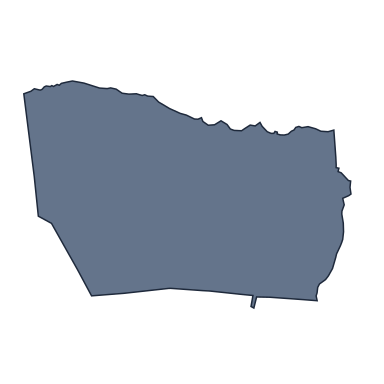 West Honiara, Guadalcanal, Solomon Islands (Equal Earth projection), rotated 355°
{"feature_id": "97153195B79685360325521", "entity_name": "West Honiara", "entity_type": "district", "adm_level": 2, "iso_a3": "SLB", "parent_name": "Solomon Islands", "parent_adm1": "Guadalcanal", "projection": "equal_earth", "projection_center": [159.939, -9.433], "detail": "fine", "context": "isolated", "style": "filled", "palette": "slate", "viewbox_px": 384, "rotation_deg": 355, "n_neighbors": 0, "source": "geoboundaries", "source_scale": "gbopen_adm2", "svg_char_len": 1534}
<svg xmlns="http://www.w3.org/2000/svg" viewBox="0 0 384 384"><g transform="rotate(355 192 192)"><path d="M338.7,142.7L332.8,143.8L325.7,142.7L320.7,139.8L313.3,137.0L307.0,137.5L304.2,136.0L301.0,136.7L298.9,139.2L296.3,140.1L292.9,142.7L288.9,143.3L284.9,142.8L281.9,141.6L282.2,139.8L280.0,138.9L278.6,140.7L275.9,140.5L272.2,138.5L267.6,132.7L265.8,128.6L260.7,131.7L255.8,130.4L249.9,133.5L246.7,135.3L239.3,134.3L235.7,132.6L232.8,127.8L227.1,123.6L220.3,127.0L214.0,126.9L209.0,122.7L207.9,118.8L204.3,120.0L200.8,119.5L193.1,114.9L187.0,112.6L176.9,106.9L166.6,99.5L163.1,95.2L161.7,93.5L156.2,92.6L153.4,91.0L150.8,91.5L147.9,90.4L145.2,89.3L137.7,89.0L131.0,87.5L125.4,82.9L120.0,81.2L116.6,81.6L109.0,80.4L93.9,74.1L82.6,71.0L77.0,71.6L71.3,72.4L69.1,74.1L67.0,73.1L63.3,74.8L61.6,73.8L60.0,74.6L56.0,73.7L54.0,74.4L51.6,76.7L49.7,77.3L43.9,75.4L40.3,77.6L33.0,79.5L33.7,98.2L36.2,162.8L36.8,202.7L49.3,211.0L71.2,259.4L82.9,286.7L115.2,287.0L160.4,286.0L162.3,286.1L194.2,291.2L200.6,292.1L232.4,298.3L243.7,300.4L240.8,311.2L243.5,313.0L247.2,302.2L260.3,303.6L294.0,309.0L307.2,311.2L306.6,306.3L307.8,303.4L308.9,298.0L311.0,294.7L312.7,293.7L317.4,290.9L320.6,287.4L325.3,280.5L329.5,269.7L330.6,266.3L335.2,258.4L336.7,255.4L338.0,252.4L339.5,244.9L340.0,236.2L339.3,227.0L339.7,224.1L342.5,218.1L341.6,211.4L347.8,209.3L350.2,207.9L349.8,201.2L351.0,194.9L348.8,194.2L342.3,185.9L339.3,184.4L340.4,181.1L337.7,180.3L338.0,177.5L338.3,169.9L338.7,142.7Z" fill="#64748b" stroke="#1e293b" stroke-width="1.5"/></g></svg>